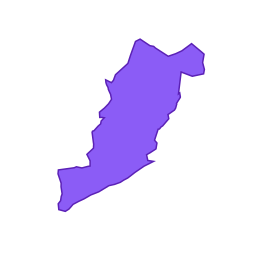 outline of Mkpat Enin, Akwa Ibom, Nigeria, rotated 206°
{"feature_id": "59680162B9896757167153", "entity_name": "Mkpat Enin", "entity_type": "district", "adm_level": 2, "iso_a3": "NGA", "parent_name": "Nigeria", "parent_adm1": "Akwa Ibom", "projection": "albers", "projection_center": [7.765, 4.712], "detail": "fine", "context": "isolated", "style": "filled", "palette": "violet", "viewbox_px": 256, "rotation_deg": 206, "n_neighbors": 0, "source": "geoboundaries", "source_scale": "gbopen_adm2", "svg_char_len": 1322}
<svg xmlns="http://www.w3.org/2000/svg" viewBox="0 0 256 256"><g transform="rotate(206 128 128)"><path d="M156.1,213.2L159.2,209.1L157.6,194.4L156.4,186.0L162.6,170.4L162.0,164.4L162.8,161.5L169.2,161.5L167.7,159.1L166.2,157.5L163.6,155.6L162.6,154.1L160.0,151.9L158.4,150.6L155.4,146.6L156.1,141.2L158.0,135.4L158.3,134.8L160.6,129.7L158.0,125.1L155.8,126.2L153.8,126.8L155.2,122.6L154.4,119.7L155.7,116.6L157.4,110.6L158.5,109.6L158.4,108.4L152.6,99.6L151.8,98.5L150.2,94.7L153.4,86.3L147.8,82.0L147.7,81.9L145.4,77.2L147.5,75.7L151.9,71.9L157.4,70.5L158.9,68.7L172.2,59.8L170.8,56.1L163.9,49.1L162.4,45.8L158.3,39.9L158.0,37.2L156.7,33.1L157.5,29.3L154.4,24.3L147.8,25.6L145.5,29.3L143.9,35.3L140.2,40.4L136.4,45.1L132.1,51.5L126.3,57.8L119.9,67.8L115.4,71.4L111.1,75.8L109.0,79.3L106.3,83.0L102.3,91.1L96.8,100.8L90.4,109.2L96.0,107.5L99.6,112.1L96.9,116.1L93.7,121.5L95.4,127.2L98.8,128.7L100.4,140.1L99.3,140.9L98.7,143.6L97.8,145.0L95.4,154.2L98.0,157.7L97.5,158.4L94.1,164.5L93.9,166.7L94.7,170.9L95.2,171.4L94.4,178.4L94.7,179.1L96.9,182.2L97.6,180.8L104.8,201.6L92.9,202.7L83.8,209.8L85.0,214.1L89.6,219.5L92.0,227.7L94.9,228.5L107.9,231.7L108.6,230.2L113.4,221.0L117.7,215.7L123.3,210.1L138.4,211.9L140.7,212.6L144.4,211.6L155.5,213.1L156.1,213.2Z" fill="#8b5cf6" stroke="#5b21b6" stroke-width="1.5"/></g></svg>